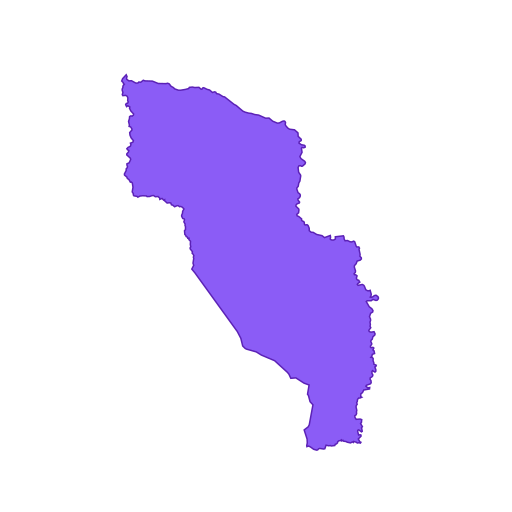 Novo São Joaquim, Mato Grosso, Brazil, rotated 257°
{"feature_id": "56859067B6614921382651", "entity_name": "Novo São Joaquim", "entity_type": "district", "adm_level": 2, "iso_a3": "BRA", "parent_name": "Brazil", "parent_adm1": "Mato Grosso", "projection": "mercator", "projection_center": [-53.275, -15.062], "detail": "fine", "context": "isolated", "style": "filled", "palette": "violet", "viewbox_px": 512, "rotation_deg": 257, "n_neighbors": 0, "source": "geoboundaries", "source_scale": "gbopen_adm2", "svg_char_len": 6092}
<svg xmlns="http://www.w3.org/2000/svg" viewBox="0 0 512 512"><g transform="rotate(257 256 256)"><path d="M449.7,194.4L451.6,187.2L452.6,185.7L451.2,182.7L451.9,181.0L451.3,180.3L451.2,179.0L451.6,177.7L454.8,174.1L455.2,171.6L457.2,169.8L458.7,169.9L459.7,170.7L461.8,170.3L458.8,165.9L456.7,164.5L454.7,165.7L453.7,165.6L453.0,166.3L451.6,164.6L450.1,164.2L449.0,163.3L447.8,162.9L445.3,163.1L443.3,162.0L442.2,162.3L441.8,165.2L440.6,166.4L438.9,166.7L436.1,165.9L434.9,166.2L433.8,165.3L433.8,164.0L433.0,163.1L431.8,163.2L430.6,163.6L431.3,164.9L429.6,166.6L428.3,166.0L425.4,166.7L421.9,168.7L420.8,168.2L420.1,166.7L420.7,165.7L420.3,164.2L418.2,163.5L415.8,162.1L412.1,162.1L410.8,161.5L410.1,162.8L408.0,163.6L406.7,163.5L404.7,160.7L402.1,160.4L399.2,160.9L395.9,162.5L394.6,161.6L394.2,159.0L392.7,159.2L391.2,158.3L390.6,155.8L389.6,154.3L388.4,154.7L387.4,155.8L386.1,155.2L384.6,153.1L383.6,152.8L379.5,155.6L378.2,155.6L375.3,153.3L374.9,151.0L373.7,150.7L372.0,150.9L371.0,150.4L370.1,149.1L368.6,148.8L365.5,146.2L364.4,146.1L362.0,147.9L360.5,148.1L359.0,149.4L356.2,150.2L356.1,151.2L355.0,151.9L350.7,151.6L346.3,149.8L344.3,150.5L343.1,150.2L342.1,150.6L340.8,153.6L339.9,154.1L340.5,156.4L340.2,159.2L339.2,162.7L338.4,163.2L337.9,165.7L338.2,168.3L337.9,169.9L336.4,171.2L336.0,173.9L334.1,175.2L332.8,175.0L333.2,177.4L331.2,178.6L331.4,179.6L330.5,179.3L327.6,181.3L327.4,183.5L326.8,184.9L324.9,185.1L324.3,186.3L322.3,187.8L322.8,190.4L322.5,191.6L321.2,192.6L321.2,193.8L320.5,194.8L318.8,196.0L318.0,196.4L316.1,194.6L314.2,194.0L312.4,192.7L311.3,192.5L309.0,193.1L308.3,194.4L307.3,194.5L305.5,193.4L303.1,194.1L301.7,193.7L300.4,193.9L297.6,193.2L296.7,192.0L293.0,191.5L291.9,192.2L290.7,192.3L289.8,193.4L288.6,193.5L288.4,194.7L287.1,194.3L285.1,195.5L282.0,194.6L279.6,194.5L278.7,193.6L277.7,193.5L274.5,195.0L273.0,194.4L271.7,195.2L270.2,195.5L269.0,194.7L267.7,194.8L263.2,193.0L260.9,193.2L257.7,190.5L253.3,192.7L186.6,220.8L179.2,222.7L171.3,222.8L168.3,224.7L167.4,225.8L162.5,234.7L158.3,238.9L149.8,250.6L135.6,260.4L133.4,261.5L129.0,262.4L128.3,267.4L121.3,274.2L118.4,278.7L109.7,275.1L108.3,275.7L101.9,275.9L98.2,278.0L79.5,269.9L77.8,268.4L75.7,263.8L66.1,264.6L62.3,263.9L59.9,262.8L58.8,262.7L59.0,264.4L57.9,265.9L54.7,268.7L53.2,271.4L53.2,272.5L54.0,273.5L54.2,274.7L52.7,278.5L52.7,279.7L55.9,281.7L54.7,284.2L54.6,285.8L54.0,286.5L53.6,290.1L54.7,290.9L54.8,292.1L55.6,293.4L56.6,293.8L57.3,295.0L57.2,296.7L57.6,297.7L56.6,297.7L56.9,299.2L56.0,299.4L54.9,302.1L54.1,302.9L52.6,306.1L53.2,308.1L52.4,308.9L53.3,309.5L52.0,311.8L51.0,312.6L50.9,314.3L50.2,315.6L50.9,316.3L51.6,315.4L54.7,314.5L56.8,317.8L57.9,318.0L58.4,317.2L58.5,315.7L62.3,315.6L63.3,316.0L63.5,317.0L60.9,319.2L61.3,320.1L64.9,320.2L65.8,321.3L69.3,320.2L70.1,321.3L72.8,322.2L73.7,320.8L74.3,316.9L76.4,316.1L78.1,316.3L78.7,317.8L79.9,318.6L81.5,318.8L83.0,319.5L86.4,319.5L87.8,320.1L88.7,321.2L90.5,321.1L91.5,322.0L93.3,322.6L94.5,324.0L94.2,325.3L94.6,327.3L95.5,326.4L98.2,327.2L98.9,329.0L101.2,330.8L100.9,336.7L102.3,337.2L102.4,335.3L104.4,333.8L105.2,334.5L105.7,338.8L106.6,339.7L108.7,340.0L110.1,339.4L111.5,339.8L112.2,341.8L112.9,342.7L113.9,343.1L115.4,342.6L117.2,342.9L118.1,343.7L116.1,345.8L116.7,346.8L118.2,347.2L121.1,346.8L121.5,348.0L122.5,348.6L124.1,346.5L125.6,346.8L127.5,346.5L129.8,347.1L131.0,346.5L131.4,345.2L132.4,346.4L134.0,347.2L134.3,349.6L137.0,349.7L138.2,348.8L139.8,350.1L140.7,349.4L140.8,347.5L141.6,347.0L142.7,347.4L143.8,348.8L144.7,349.1L147.0,348.6L148.1,349.3L148.7,350.5L151.0,351.7L152.2,353.9L153.3,354.5L155.7,354.0L155.9,351.0L156.3,350.2L157.0,349.3L158.2,349.2L160.3,351.7L162.0,351.3L163.4,352.0L166.0,352.2L167.3,353.1L168.8,353.4L171.3,352.9L174.4,354.8L175.2,357.1L176.5,357.7L178.6,357.0L181.1,354.9L186.8,353.2L187.4,354.3L186.5,358.2L187.4,360.2L185.7,362.9L185.7,364.2L186.6,365.4L187.5,365.9L189.0,365.7L190.8,364.1L190.8,362.4L189.9,360.4L189.8,358.9L190.3,358.1L191.2,359.0L192.7,359.7L196.9,359.5L196.7,358.0L197.1,356.8L198.4,355.4L202.3,354.8L203.4,354.3L204.4,353.1L204.4,348.9L205.5,348.3L206.2,348.9L207.2,351.3L209.3,350.6L209.9,349.4L211.1,348.8L212.2,349.0L213.9,350.0L215.2,349.0L215.7,347.7L216.7,347.6L217.7,349.1L219.0,349.6L223.2,349.3L224.5,349.8L225.9,351.8L228.3,353.4L228.5,356.6L229.4,358.0L230.6,358.2L232.4,357.2L234.2,357.8L239.4,357.9L240.3,358.6L241.7,358.2L242.2,356.2L243.1,355.8L247.6,355.4L248.5,354.6L248.2,352.4L248.7,350.9L250.5,348.6L250.8,346.2L252.8,345.7L254.7,346.0L256.0,345.7L256.9,337.6L254.7,337.2L254.1,335.3L254.4,333.8L255.0,332.7L255.8,332.1L257.5,332.9L259.3,333.0L258.5,326.9L261.0,324.9L263.3,320.0L266.2,317.0L266.7,315.1L268.7,313.6L271.1,314.1L274.0,313.6L275.0,312.8L275.2,310.8L276.0,310.3L278.0,310.6L278.9,310.2L279.7,309.0L280.6,308.5L281.9,308.8L284.8,306.6L285.9,305.1L287.4,305.1L288.5,307.2L291.2,308.2L292.3,308.2L295.5,306.1L296.6,306.4L297.6,307.8L297.9,310.1L298.7,310.6L301.2,309.5L302.2,309.6L303.0,311.5L304.2,312.5L305.5,312.9L306.8,312.5L308.3,311.2L312.2,310.8L313.3,311.3L314.4,312.8L317.5,314.1L319.1,315.6L324.0,317.6L324.9,317.6L328.0,316.4L332.8,316.9L334.2,318.1L334.1,319.5L333.2,320.5L333.1,321.5L334.7,324.5L335.9,325.2L337.3,324.8L340.8,321.7L343.0,321.1L346.7,324.2L350.8,324.5L351.4,325.2L350.7,326.9L351.0,328.4L352.2,328.6L353.1,327.9L354.2,325.3L356.3,323.3L357.6,323.8L358.3,326.0L359.6,326.3L363.1,324.0L366.5,324.6L370.3,321.9L372.0,317.2L373.6,315.7L376.5,314.2L377.7,314.1L379.4,314.8L380.6,314.5L381.3,313.7L381.3,311.9L380.4,308.7L380.6,306.8L383.6,302.6L387.5,299.7L388.1,296.4L392.7,290.3L394.1,286.6L396.0,283.5L396.8,281.1L398.7,277.6L400.2,275.7L407.1,270.6L408.7,268.7L418.1,261.2L418.7,259.7L422.1,256.3L423.1,254.1L424.7,253.6L425.3,252.5L425.1,250.4L428.2,248.1L429.4,245.8L431.3,243.5L431.8,242.7L431.7,241.8L430.8,241.0L430.8,240.1L433.2,238.3L433.9,234.3L434.9,232.1L435.3,229.0L434.3,228.0L434.2,224.7L434.5,219.8L435.0,217.7L437.2,214.3L438.6,213.5L440.5,211.4L443.2,210.2L444.2,208.8L444.2,207.0L446.1,199.5L449.7,194.4Z" fill="#8b5cf6" stroke="#5b21b6" stroke-width="1.5"/></g></svg>